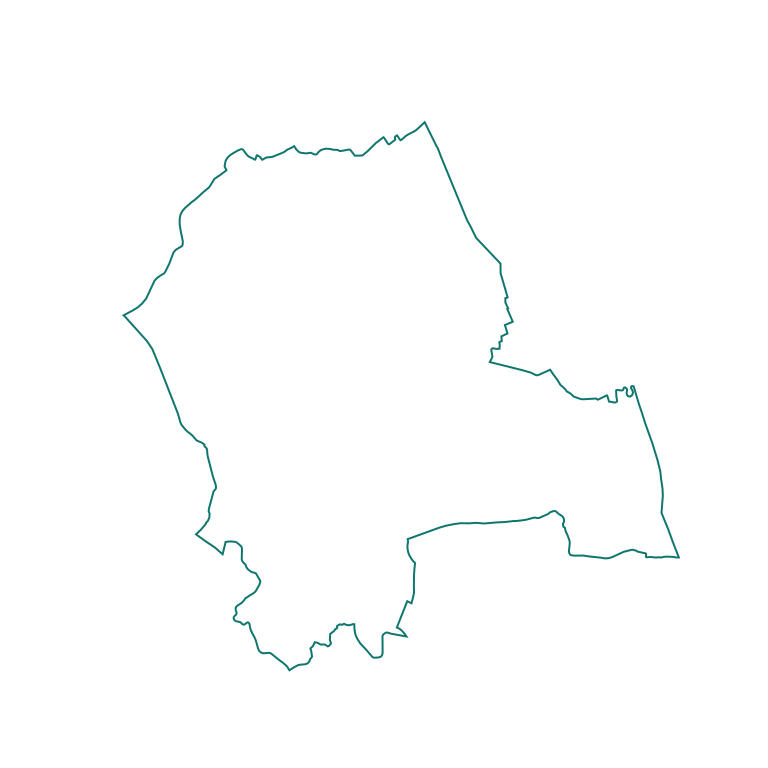 Pa Mok, Ang Thong, Thailand (Natural Earth projection), rotated 158°
{"feature_id": "78962969B20777837687039", "entity_name": "Pa Mok", "entity_type": "district", "adm_level": 2, "iso_a3": "THA", "parent_name": "Thailand", "parent_adm1": "Ang Thong", "projection": "natural_earth1", "projection_center": [100.461, 14.49], "detail": "fine", "context": "isolated", "style": "outline", "palette": "teal", "viewbox_px": 768, "rotation_deg": 158, "n_neighbors": 0, "source": "geoboundaries", "source_scale": "gbopen_adm2", "svg_char_len": 6166}
<svg xmlns="http://www.w3.org/2000/svg" viewBox="0 0 768 768"><g transform="rotate(158 384 384)"><path d="M599.7,545.2L598.6,542.7L587.8,512.9L587.1,509.8L585.7,502.9L585.6,482.3L586.2,433.5L587.2,424.3L587.0,421.9L585.2,416.0L583.9,413.1L582.8,411.5L580.8,407.6L579.1,402.4L578.4,401.3L574.5,397.4L573.2,395.0L573.6,394.3L573.7,393.1L572.9,391.8L572.6,390.2L572.8,388.9L573.8,385.9L574.5,383.2L577.3,362.3L577.8,353.8L578.2,351.9L578.9,350.3L579.5,349.7L582.3,348.2L593.0,334.0L593.9,332.4L594.2,331.7L594.3,329.0L596.0,325.6L597.7,323.9L598.8,322.9L600.9,322.0L601.7,321.0L608.1,317.6L614.6,315.0L608.4,305.1L602.1,295.9L597.4,286.6L590.0,296.9L587.3,296.2L584.1,295.0L580.7,293.1L579.9,292.2L577.6,287.9L577.1,286.2L577.6,283.9L581.6,274.7L581.7,272.6L581.2,270.8L580.1,268.7L580.2,265.7L579.7,263.4L577.8,260.1L576.5,258.7L574.0,256.8L573.6,256.0L572.5,247.7L572.8,247.0L574.9,244.4L580.3,240.2L581.5,239.5L583.8,238.8L588.1,238.2L590.7,237.5L592.5,237.4L594.8,235.9L596.7,234.9L599.0,234.1L602.3,233.6L604.2,232.9L605.4,231.9L605.9,230.9L606.2,229.5L606.3,227.3L606.7,226.4L607.6,225.5L609.4,224.9L610.5,224.2L611.2,223.1L611.3,222.0L611.0,220.7L609.9,219.4L606.4,217.0L605.4,214.6L604.6,213.7L603.9,213.3L603.2,213.3L600.9,214.0L599.9,214.1L599.3,213.9L598.9,213.2L598.7,212.3L598.7,211.4L599.5,208.1L599.7,205.2L599.4,201.5L599.0,198.1L598.9,194.5L599.8,186.3L599.8,183.6L599.4,182.6L598.4,180.9L597.2,179.8L595.6,179.1L592.1,178.1L590.6,177.4L589.7,176.5L584.4,167.0L581.9,163.0L580.2,159.6L579.7,158.4L578.9,154.0L573.2,155.1L569.1,155.5L566.6,155.1L562.9,153.9L560.9,153.5L559.9,153.6L558.3,154.1L556.8,155.1L555.6,156.6L553.7,157.5L552.8,158.3L551.4,164.2L551.4,166.2L550.9,166.6L548.7,167.3L547.4,168.2L544.9,170.5L542.6,169.0L540.4,166.2L536.8,164.8L536.1,164.2L534.6,162.0L534.1,161.8L533.1,161.8L530.9,162.9L530.2,163.8L530.1,166.9L527.5,172.4L522.8,173.7L520.8,175.0L519.0,175.2L518.7,175.5L518.4,176.9L518.0,177.3L515.0,177.7L513.2,176.5L512.4,176.4L511.3,176.7L510.8,176.6L509.2,174.8L507.9,174.1L507.2,173.5L505.2,173.1L502.8,173.0L501.5,172.4L503.1,168.2L504.1,164.1L504.4,161.1L504.1,157.1L503.3,152.9L502.8,151.2L500.4,145.3L497.2,135.8L496.8,134.9L496.1,134.2L494.1,133.3L491.3,132.5L490.0,132.3L488.6,132.5L487.0,133.7L486.5,134.4L485.9,135.5L479.8,150.9L479.2,151.7L477.0,152.5L475.3,152.7L474.1,152.4L470.8,149.7L457.8,141.5L458.7,145.5L460.4,149.8L461.9,152.0L463.3,153.4L443.8,173.9L440.7,170.4L437.6,174.4L434.5,179.0L433.8,180.5L432.3,184.7L427.7,195.7L424.8,201.7L422.4,206.1L422.3,206.4L423.3,208.8L424.0,211.3L424.7,216.3L424.6,218.7L424.2,221.2L423.3,224.1L421.9,227.1L420.8,228.6L420.2,231.3L387.0,230.1L379.6,229.4L371.6,227.9L365.0,226.2L357.2,222.9L350.9,220.9L343.3,217.1L332.1,213.7L323.2,210.6L314.8,208.3L313.4,207.6L304.5,205.2L302.2,204.8L294.9,203.9L293.4,203.2L292.4,202.4L290.2,201.7L280.4,202.0L278.3,202.8L276.2,202.8L274.4,202.7L273.2,202.2L272.4,201.5L270.3,197.5L268.4,194.9L267.9,193.6L267.7,192.0L268.4,189.3L269.1,188.4L270.5,187.4L271.1,184.9L271.1,184.3L270.1,182.8L270.7,180.1L270.5,174.6L270.6,170.1L271.1,167.5L273.2,163.3L274.5,161.1L275.4,158.9L275.6,157.8L275.1,155.5L272.5,153.9L263.3,150.2L258.8,147.5L247.6,141.5L244.9,139.8L242.4,138.8L240.6,138.3L237.4,138.0L224.7,138.6L216.3,137.5L214.6,136.6L213.6,135.6L212.5,135.0L211.8,133.7L204.8,128.9L204.6,128.3L205.8,125.8L205.8,125.4L205.3,124.9L201.7,123.8L196.4,121.0L194.7,120.7L192.3,119.4L189.0,118.8L186.9,118.2L180.1,115.1L178.5,113.9L175.6,112.7L175.4,129.4L174.9,142.6L175.0,160.5L167.4,175.8L165.0,182.5L162.5,192.8L160.6,199.3L158.9,211.0L157.4,228.5L156.5,250.4L155.7,259.9L155.2,269.4L153.4,288.3L154.7,289.1L155.3,289.2L156.0,288.8L156.2,288.3L156.4,287.3L156.1,284.5L156.4,282.8L157.3,281.5L157.8,281.0L158.9,280.5L160.5,280.2L161.2,280.4L161.8,280.9L162.4,281.6L162.7,282.4L162.5,284.7L161.0,287.1L160.6,288.1L160.9,289.1L161.6,290.4L162.3,290.7L162.9,290.7L164.4,289.0L165.4,288.8L166.4,289.1L169.9,291.1L171.0,291.2L171.3,290.9L173.2,285.4L174.2,281.0L175.0,280.3L176.3,280.2L177.9,280.8L179.5,282.1L181.9,283.3L181.4,289.7L181.7,290.0L191.5,289.3L191.9,289.7L192.5,290.7L193.1,291.2L204.1,294.9L206.9,296.1L212.7,301.1L214.5,305.0L216.4,307.6L217.3,308.6L217.8,310.9L219.6,315.0L220.5,316.5L220.8,317.2L221.7,322.9L223.6,330.1L224.6,335.0L237.0,334.5L238.7,334.7L239.5,335.1L240.1,335.6L243.7,339.6L250.3,344.8L277.7,364.7L273.5,368.3L273.2,368.9L271.9,374.7L271.6,375.7L271.4,376.0L270.4,376.4L269.6,376.3L266.4,374.3L263.6,373.5L263.1,374.9L262.3,376.0L261.5,379.2L261.2,379.6L261.0,379.8L259.1,379.6L258.7,379.7L257.3,384.2L250.6,384.6L249.8,393.4L241.3,393.5L241.6,407.5L240.6,407.7L240.9,414.2L239.3,418.1L237.1,417.9L236.9,418.2L234.4,442.9L230.9,452.0L243.8,484.9L244.9,499.2L245.6,504.5L246.0,571.9L245.8,582.1L246.3,586.0L248.2,611.5L258.0,607.7L260.6,607.0L267.6,606.4L271.2,605.7L275.9,604.0L277.0,603.8L277.5,604.0L278.8,609.6L280.7,609.3L281.2,608.9L281.5,608.5L282.0,606.6L282.3,606.2L289.2,604.3L289.9,604.6L290.4,605.5L291.7,612.4L292.1,613.0L301.2,610.5L311.2,606.3L317.3,604.3L318.3,604.0L318.9,604.1L325.5,606.6L327.2,612.7L327.7,613.9L328.8,614.6L330.8,614.9L335.9,616.0L337.8,616.6L339.4,618.5L343.5,620.3L346.1,622.2L349.6,623.9L353.1,624.5L355.1,624.5L358.2,623.5L359.6,622.5L360.4,622.3L361.3,622.4L362.2,622.7L365.2,625.8L369.9,627.0L374.2,629.4L375.7,630.6L377.3,633.8L378.2,638.2L381.1,637.7L386.1,637.5L389.1,636.6L391.4,636.4L402.7,636.4L408.3,638.1L412.9,637.5L413.9,640.8L415.3,642.9L415.8,643.5L416.3,643.6L416.8,643.2L419.0,640.5L419.3,640.3L419.8,640.4L421.1,642.2L423.7,644.9L424.9,646.8L425.9,649.9L426.6,653.0L427.3,654.5L428.0,655.1L429.1,655.3L432.5,655.2L438.1,654.4L441.6,653.6L444.1,652.6L447.2,650.3L450.2,645.7L450.3,644.3L449.9,641.7L449.9,641.3L450.2,641.1L458.9,638.8L460.0,638.7L464.6,637.6L470.3,633.3L472.6,631.8L480.8,629.2L484.8,627.6L490.8,625.5L494.2,624.7L502.4,621.8L506.0,620.0L509.2,617.3L511.6,613.6L513.5,609.0L515.0,602.8L517.1,591.6L518.5,588.6L519.5,587.6L526.5,586.5L529.8,584.9L538.2,575.8L545.0,569.8L546.5,568.9L550.7,568.3L555.0,567.2L558.1,565.7L572.5,552.3L578.0,549.3L583.5,547.3L588.9,546.4L599.7,545.2Z" fill="none" stroke="#0f766e" stroke-width="2"/></g></svg>